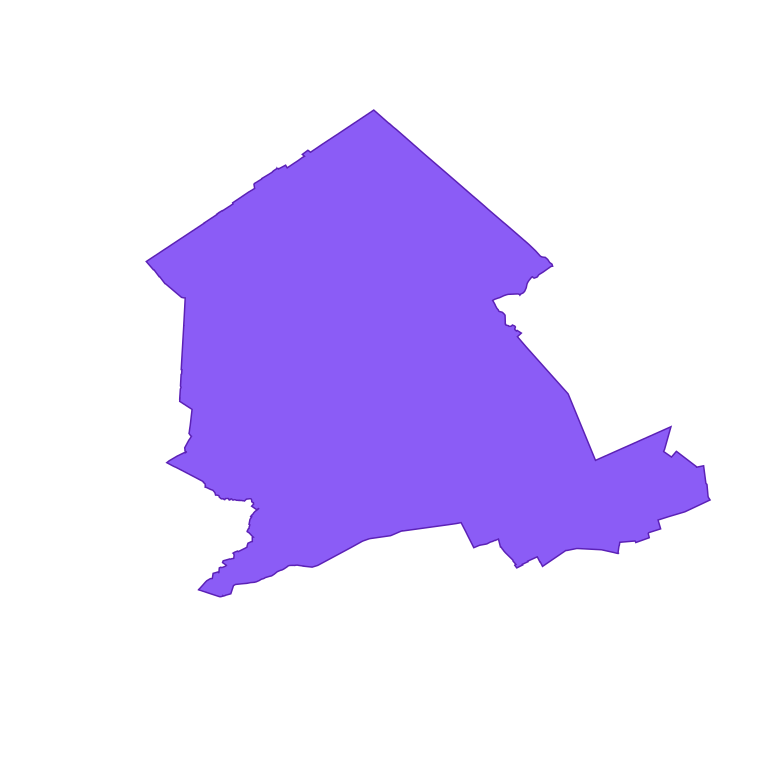 the district of Dalfsen, Overijssel, Netherlands, rotated 335°
{"feature_id": "6326949B30235192202446", "entity_name": "Dalfsen", "entity_type": "district", "adm_level": 2, "iso_a3": "NLD", "parent_name": "Netherlands", "parent_adm1": "Overijssel", "projection": "equal_earth", "projection_center": [6.266, 52.512], "detail": "fine", "context": "isolated", "style": "filled", "palette": "violet", "viewbox_px": 768, "rotation_deg": 335, "n_neighbors": 0, "source": "geoboundaries", "source_scale": "gbopen_adm2", "svg_char_len": 6111}
<svg xmlns="http://www.w3.org/2000/svg" viewBox="0 0 768 768"><g transform="rotate(335 384 384)"><path d="M128.9,492.1L145.0,507.2L146.1,507.8L148.9,508.3L148.9,508.1L149.2,508.4L150.8,508.6L151.1,508.5L156.5,509.4L162.4,503.1L164.7,502.9L170.5,504.9L175.4,506.7L179.1,507.6L182.6,508.9L184.6,509.3L187.9,509.4L190.3,509.1L192.2,509.4L193.1,509.5L194.6,509.3L198.7,509.9L201.1,510.4L204.0,510.0L208.0,509.0L211.3,509.1L212.8,509.4L213.8,509.4L215.4,509.3L218.6,508.8L220.1,508.4L221.2,508.4L222.6,508.9L225.1,510.0L225.8,510.4L226.6,510.8L226.8,510.7L228.9,511.5L230.1,512.4L234.0,514.9L233.9,515.0L241.5,519.6L246.4,520.3L247.4,520.4L284.4,518.3L297.5,517.4L298.7,517.4L305.0,518.0L306.3,518.3L325.7,524.2L326.8,524.3L336.9,524.6L338.5,524.7L338.7,524.8L338.6,525.0L340.1,525.5L382.8,538.7L390.8,541.1L395.3,542.2L395.7,552.5L395.8,557.1L396.1,566.3L396.1,566.5L396.2,570.3L401.5,570.5L402.7,570.6L408.8,572.2L409.7,572.4L413.6,572.2L416.2,572.6L416.7,572.5L418.7,572.6L419.0,572.7L419.0,572.8L422.2,572.9L420.7,580.8L420.9,580.8L421.1,581.1L421.4,582.6L421.5,583.6L421.8,584.2L421.9,585.4L422.7,588.2L426.4,598.1L426.1,599.0L427.3,603.3L426.1,603.4L425.9,603.5L426.6,606.8L433.2,606.6L433.1,605.9L439.4,605.9L439.4,605.3L449.6,605.4L449.6,605.5L449.9,605.6L450.1,611.2L450.4,611.2L450.6,616.3L478.6,611.7L479.1,612.1L489.0,614.5L490.1,615.0L511.0,626.1L520.9,633.7L523.5,635.8L524.6,636.6L525.0,636.4L524.8,636.0L524.9,635.7L528.2,630.6L529.3,629.4L530.8,627.1L544.7,632.2L545.1,632.4L545.3,632.8L545.2,634.1L559.1,635.4L559.1,635.2L559.5,635.2L560.3,631.3L560.4,631.0L561.0,630.7L561.8,630.7L573.5,632.2L574.9,623.1L585.8,624.5L602.7,627.0L630.5,626.9L630.1,624.1L630.1,623.5L630.2,622.8L634.2,611.7L634.2,611.2L633.8,610.4L633.8,609.9L639.1,593.2L632.1,591.5L632.2,591.1L632.1,590.7L620.7,568.9L620.5,568.6L613.7,571.7L608.9,563.4L609.9,562.4L610.4,562.1L626.0,544.0L543.4,542.6L546.7,470.8L541.4,453.2L532.9,425.0L528.4,410.0L524.9,397.5L530.0,395.9L527.3,391.7L526.4,391.9L525.6,390.0L525.6,389.7L526.0,389.4L526.0,388.9L526.9,388.3L527.2,387.8L527.1,387.1L526.8,386.5L525.6,385.2L525.5,384.9L525.0,384.9L524.4,385.2L523.5,385.3L521.7,384.6L521.4,383.7L519.7,382.4L519.3,381.8L519.3,381.2L519.5,381.1L519.3,380.7L519.5,380.3L520.2,378.9L522.8,372.8L522.7,372.4L522.5,371.4L522.0,370.2L521.9,369.7L521.3,368.7L520.6,368.2L519.2,367.0L518.8,366.2L518.9,365.2L518.3,363.1L518.2,361.3L518.1,360.3L518.2,359.2L518.1,357.3L517.8,354.2L520.1,354.0L523.3,354.3L525.3,354.6L530.0,354.6L532.8,354.9L534.4,355.2L543.1,358.8L544.0,359.4L544.5,359.9L544.6,360.1L544.7,360.9L545.7,360.3L548.8,360.2L550.7,359.4L553.6,356.9L555.5,354.3L556.4,353.3L557.6,352.4L559.0,351.5L562.7,349.7L563.4,349.5L563.9,349.6L564.2,350.7L564.8,351.5L567.8,351.8L568.8,351.5L569.6,350.8L570.6,350.4L571.1,350.3L572.0,350.2L575.5,349.8L584.7,348.1L585.7,348.2L586.6,348.5L586.9,346.4L585.5,343.9L585.0,340.3L583.7,337.4L581.4,336.0L580.8,335.5L580.1,334.7L579.6,333.8L577.7,327.5L574.2,318.5L570.9,311.1L561.0,289.0L560.6,288.3L551.8,268.8L549.1,262.5L543.1,249.3L534.3,229.5L528.6,216.8L517.9,193.1L502.8,158.7L501.0,155.1L499.0,150.4L498.9,150.2L498.7,150.2L490.5,131.4L450.8,137.5L430.3,140.5L415.3,142.9L414.7,141.6L413.8,140.0L409.5,140.9L407.0,141.4L408.2,144.0L405.8,144.2L400.1,145.3L395.2,146.0L387.6,147.2L387.3,144.1L379.7,144.5L379.8,144.3L378.0,143.5L378.0,143.3L377.8,143.5L373.8,144.1L373.6,144.2L373.6,144.3L372.8,144.4L372.1,144.8L366.1,145.5L360.2,146.1L360.2,146.3L359.9,146.3L359.3,146.6L351.3,147.5L350.7,147.9L350.5,148.2L349.4,152.1L342.6,152.8L323.5,155.8L323.4,155.8L323.3,157.0L310.7,158.8L310.6,158.5L307.4,158.8L307.5,158.9L304.2,159.4L304.2,159.8L289.2,162.0L289.3,162.2L220.3,172.5L223.3,183.1L223.8,183.3L225.6,191.8L226.0,191.8L227.9,200.5L228.3,200.8L237.1,219.9L238.8,221.2L240.2,222.0L229.5,242.1L227.3,246.2L227.4,246.4L227.3,246.6L227.0,246.8L207.5,283.0L206.3,285.2L206.6,285.4L207.2,285.0L204.8,289.4L204.2,289.5L198.7,299.8L198.7,301.1L198.6,301.3L197.3,302.5L192.7,310.9L192.9,310.9L191.5,313.4L199.3,325.9L190.9,339.6L188.5,343.2L187.2,345.3L186.4,346.3L186.9,349.2L187.4,350.0L184.7,351.7L183.4,352.4L176.4,357.6L175.8,359.7L175.6,359.8L175.2,361.6L176.1,361.8L176.1,362.1L175.0,362.4L173.8,361.8L166.2,361.9L156.8,362.8L153.9,363.5L158.0,369.0L159.2,370.5L160.0,371.3L178.6,395.6L179.0,396.5L178.7,397.0L179.3,397.9L179.6,398.8L179.4,399.7L179.1,400.2L179.2,400.7L178.3,401.8L179.5,402.9L182.2,406.2L184.0,408.0L184.8,410.8L184.7,411.9L184.4,413.5L185.0,413.7L186.9,415.1L187.2,415.7L186.9,416.8L187.5,418.2L188.0,419.3L188.7,419.7L189.6,419.9L189.9,420.3L190.4,421.3L190.6,421.4L191.0,421.5L191.8,420.8L194.4,421.9L194.7,422.2L194.8,422.5L194.5,423.3L194.9,423.8L195.5,423.9L196.5,423.5L197.0,423.5L197.4,423.8L197.6,424.9L198.1,425.4L198.5,425.5L199.3,425.5L199.7,425.7L200.2,426.1L200.6,426.3L200.9,426.8L201.4,427.2L202.0,427.5L202.6,427.6L203.4,428.4L203.8,428.3L204.0,428.3L204.8,429.0L205.8,429.4L206.8,430.2L207.5,430.5L208.1,431.1L210.6,430.2L214.0,431.3L214.6,431.6L214.8,431.8L215.1,432.6L214.9,433.0L214.9,433.6L214.4,434.7L214.4,435.0L215.1,435.8L215.5,436.4L215.4,436.7L215.0,437.2L215.1,437.7L212.4,438.8L215.6,444.3L217.5,443.8L217.6,444.0L215.8,444.5L213.6,444.9L211.7,445.6L210.2,446.5L208.4,447.1L207.2,447.8L207.9,448.5L205.7,449.8L205.2,450.2L202.4,454.1L202.8,454.4L202.9,454.7L202.3,455.7L201.4,456.5L200.7,457.7L200.6,457.8L200.0,457.8L197.7,459.6L197.6,459.8L197.6,460.0L198.9,462.0L200.5,467.0L200.8,467.5L199.8,467.4L199.7,467.5L198.1,471.1L197.1,470.8L193.4,470.8L191.5,472.9L191.1,473.8L189.4,474.1L181.0,474.3L180.9,474.2L180.8,473.6L180.7,473.5L177.4,473.3L175.7,473.5L176.1,474.2L175.8,475.7L175.6,476.2L174.5,477.9L174.3,478.4L174.0,478.5L173.7,478.5L172.4,478.0L170.9,477.9L170.4,477.4L164.3,476.4L163.5,476.3L162.2,477.6L164.5,481.7L163.8,482.0L162.9,482.1L160.4,482.0L158.9,481.5L158.7,481.4L158.6,481.1L157.1,481.0L156.5,481.9L154.9,484.8L154.5,485.1L154.3,484.9L154.4,484.3L154.2,484.2L149.1,483.4L146.2,487.7L144.4,487.0L140.3,487.4L138.6,488.0L134.5,489.8L129.5,491.9L129.1,491.9L128.9,492.1Z" fill="#8b5cf6" stroke="#5b21b6" stroke-width="1.5"/></g></svg>